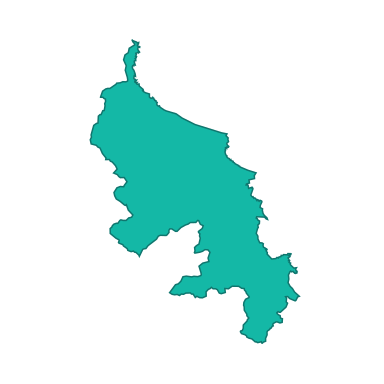 the district of Lima, Lima Province, Peru, rotated 173°
{"feature_id": "86281439B5897753899369", "entity_name": "Lima", "entity_type": "district", "adm_level": 2, "iso_a3": "PER", "parent_name": "Peru", "parent_adm1": "Lima Province", "projection": "orthographic", "projection_center": [-76.975, -12.046], "detail": "fine", "context": "isolated", "style": "filled", "palette": "teal", "viewbox_px": 384, "rotation_deg": 173, "n_neighbors": 0, "source": "geoboundaries", "source_scale": "gbopen_adm2", "svg_char_len": 6049}
<svg xmlns="http://www.w3.org/2000/svg" viewBox="0 0 384 384"><g transform="rotate(173 192 192)"><path d="M126.1,203.2L133.8,206.7L141.3,211.0L141.4,211.6L142.6,212.2L142.5,212.6L145.8,214.8L146.1,215.4L145.8,215.9L146.1,215.6L147.6,216.6L147.4,217.4L149.9,218.8L149.7,219.2L150.1,219.1L150.9,220.2L150.4,221.0L151.0,220.4L152.8,221.9L153.3,223.2L152.9,223.5L154.0,224.9L154.4,227.9L153.8,228.7L154.0,229.7L153.5,229.8L153.4,231.9L152.5,232.0L152.2,231.5L152.1,232.1L151.7,231.8L150.8,231.9L151.1,232.3L150.0,232.9L151.0,233.9L151.6,235.5L151.5,236.2L149.6,237.5L150.0,240.2L149.5,241.2L151.4,243.7L150.2,245.4L155.7,247.2L180.8,258.6L192.7,266.5L198.2,271.5L207.7,275.6L209.9,277.0L213.4,280.1L213.8,281.5L214.9,281.3L216.0,282.4L216.3,283.7L215.6,285.1L216.7,285.9L216.6,286.9L217.9,287.5L217.9,288.5L218.7,289.1L218.7,289.9L219.8,290.4L219.2,291.4L220.4,289.9L221.7,290.2L222.7,291.5L222.3,294.5L226.1,296.2L228.2,297.8L227.9,298.6L228.6,298.9L228.0,299.8L231.4,303.5L231.4,305.7L233.3,305.6L233.9,306.7L233.1,307.4L234.9,307.6L235.4,308.3L235.1,308.8L234.4,308.6L234.2,309.8L233.8,309.4L233.4,309.8L234.1,309.8L234.6,310.7L235.1,310.5L235.9,312.0L235.2,314.4L234.0,313.7L234.0,315.5L234.5,316.2L234.1,316.5L234.9,320.0L235.9,321.6L236.0,323.6L235.5,324.6L234.9,324.4L234.5,325.0L234.2,324.7L234.0,325.5L232.9,325.0L233.5,328.4L233.1,329.2L231.8,329.2L231.7,331.1L232.1,331.3L231.0,332.1L231.2,332.5L230.6,333.2L231.5,333.7L230.5,335.1L230.9,336.5L228.9,336.9L228.6,337.4L227.6,337.4L227.7,336.8L227.0,337.2L228.6,340.4L227.7,342.4L226.3,341.9L226.1,342.5L228.4,343.8L228.3,344.5L227.1,345.5L226.7,346.9L228.2,346.6L228.6,347.5L232.4,349.5L233.1,350.6L232.4,348.3L230.9,346.0L231.0,345.0L236.8,342.3L238.3,338.0L241.8,336.2L243.8,331.5L241.9,325.3L243.4,321.0L242.2,313.8L242.1,311.0L242.5,309.9L244.3,309.4L247.2,309.9L250.0,309.1L253.5,309.2L254.3,308.2L260.8,304.8L262.9,305.1L265.0,304.8L268.4,303.0L271.1,297.6L271.2,297.2L268.8,296.8L267.8,295.4L266.6,294.8L266.8,292.2L267.9,290.3L267.8,288.2L269.2,283.6L270.6,283.6L272.8,279.9L273.9,280.0L275.7,278.7L276.9,271.9L278.5,271.7L281.4,270.1L285.2,260.9L285.1,258.7L286.6,256.3L286.2,252.0L281.2,250.0L280.1,248.2L277.9,246.8L276.2,241.1L273.2,236.2L273.7,234.7L270.0,234.3L269.3,232.6L267.5,231.5L264.7,227.4L263.5,223.9L267.5,220.4L263.9,218.3L262.8,216.3L261.4,215.0L257.5,214.6L255.3,210.1L258.6,206.6L259.1,205.5L262.5,206.2L266.0,205.3L269.5,201.0L269.2,197.7L268.0,194.3L264.4,191.4L260.6,187.3L259.6,186.8L258.7,187.4L257.4,181.7L253.5,176.4L255.0,174.3L258.0,174.0L260.8,171.8L263.9,172.2L266.0,173.0L267.0,172.6L269.5,169.9L270.8,170.2L273.5,169.6L275.1,168.3L275.9,166.9L277.7,165.7L278.2,160.8L273.1,155.4L270.4,153.5L270.1,152.8L271.1,151.0L270.8,150.2L267.1,148.2L266.6,146.8L263.2,143.7L262.8,141.9L259.7,140.2L257.3,140.5L256.4,139.3L255.0,138.9L252.4,135.8L252.1,134.6L248.1,140.8L247.2,141.4L244.6,141.5L242.2,144.1L233.0,149.5L230.8,152.3L228.7,152.9L223.0,152.0L222.1,152.4L219.8,154.6L219.6,156.8L218.5,158.1L216.5,157.8L213.2,155.0L211.6,154.8L207.3,158.1L202.4,160.1L199.8,160.6L197.4,161.9L191.9,161.3L189.9,163.1L188.9,162.8L187.6,158.9L185.0,157.2L186.3,154.5L190.4,152.1L190.4,151.0L189.3,149.6L189.9,147.4L189.4,145.2L191.4,139.5L194.3,138.1L196.2,136.6L196.2,133.1L197.0,131.6L196.6,131.0L191.5,131.3L188.7,131.9L186.3,133.2L183.3,132.7L181.5,130.0L184.1,124.5L183.7,120.9L190.0,120.1L194.1,117.5L192.9,110.7L192.9,108.8L193.4,108.0L196.5,107.3L200.4,108.1L202.7,107.8L207.9,109.2L211.3,109.0L213.9,104.8L216.8,102.5L219.7,102.0L226.5,94.8L224.2,92.9L221.8,92.1L219.2,92.1L217.0,90.8L215.1,92.0L212.8,91.5L210.5,92.4L205.9,92.0L205.0,90.8L203.3,90.5L201.6,86.9L199.9,87.9L197.3,86.2L194.5,85.7L190.6,86.9L190.2,91.2L187.6,93.4L186.0,93.8L184.4,95.0L182.9,93.4L180.4,93.1L178.7,91.9L177.3,88.4L175.4,87.5L171.2,88.2L171.2,92.2L167.6,91.5L163.6,93.6L157.1,92.7L154.5,90.4L151.9,89.8L151.9,88.4L150.7,86.6L150.4,85.0L148.0,81.0L148.3,80.3L151.9,79.0L153.9,76.2L154.6,73.3L154.2,71.8L154.5,68.3L152.5,64.1L152.6,62.4L151.0,60.0L152.7,58.4L153.0,57.3L157.3,53.7L157.8,50.3L159.1,48.3L160.7,48.1L161.0,47.4L160.1,45.4L156.7,43.8L155.4,42.6L155.3,41.4L153.3,40.0L150.5,38.9L147.5,35.5L146.4,35.5L145.5,34.6L144.5,34.5L141.5,35.0L141.3,33.7L140.6,33.4L139.5,34.3L137.1,34.9L136.8,37.8L134.9,41.0L134.6,44.0L133.8,45.0L131.6,46.1L131.1,47.1L130.1,47.2L128.6,49.1L127.7,49.2L127.9,50.9L127.3,51.6L124.4,52.8L123.3,52.7L120.7,51.3L118.4,51.6L117.7,55.2L119.5,56.0L119.6,58.6L121.1,59.5L122.3,60.9L122.5,61.8L121.1,62.8L120.1,62.0L118.9,61.9L112.7,66.3L110.7,70.0L111.9,71.4L111.1,74.9L111.9,76.7L109.8,76.6L108.0,74.3L102.9,71.4L102.1,71.7L99.9,75.0L98.2,75.4L102.4,80.2L104.1,84.0L106.1,86.4L107.7,90.3L106.5,93.8L106.4,97.9L104.3,101.1L103.6,101.5L102.9,100.6L101.3,100.9L100.7,99.7L100.0,99.6L100.0,98.9L99.0,98.5L97.6,99.0L98.0,100.0L97.4,100.5L98.4,101.5L98.5,103.0L97.6,104.1L100.2,104.1L103.0,107.5L103.3,108.6L102.8,109.4L104.2,110.3L103.5,112.0L104.4,112.2L103.9,112.7L104.7,114.9L102.6,115.9L102.5,116.3L103.7,117.2L102.7,117.2L102.7,117.8L101.7,117.7L100.9,119.1L102.0,118.2L102.5,118.9L104.3,119.2L105.3,118.1L108.8,118.7L109.5,117.9L111.2,118.2L111.6,117.1L113.8,116.8L114.3,116.0L115.6,116.7L116.9,115.7L121.0,115.8L125.0,121.2L124.6,122.8L125.4,124.0L125.6,125.5L124.8,125.4L124.5,125.9L125.2,126.7L126.1,126.6L126.2,127.5L127.8,128.5L128.0,130.7L127.5,131.9L128.6,132.9L131.0,133.4L132.3,137.4L132.0,140.2L133.3,143.1L131.3,148.0L130.6,148.6L130.7,151.2L129.0,152.4L128.5,155.0L130.0,156.1L130.6,157.8L131.4,158.2L131.0,159.4L131.4,159.7L123.0,158.2L121.7,156.3L120.4,155.6L120.8,157.3L123.1,160.0L124.1,162.1L124.4,165.3L124.0,166.7L126.3,168.3L125.8,170.5L123.8,173.7L124.0,174.6L125.5,175.5L126.5,174.6L127.5,176.3L128.4,176.6L128.7,175.8L129.8,178.0L130.6,178.5L131.4,178.2L132.0,179.9L132.6,179.7L133.4,180.6L134.0,181.8L131.1,187.8L131.4,188.8L132.0,188.7L132.0,189.4L135.4,188.7L135.5,191.6L135.9,192.3L137.4,192.4L137.0,193.3L133.9,193.9L134.0,197.1L128.3,197.7L128.2,200.6L126.1,203.2Z" fill="#14b8a6" stroke="#0f766e" stroke-width="1.5"/></g></svg>